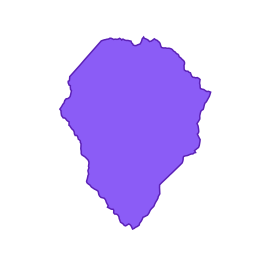 Montanha, Espírito Santo, Brazil, rotated 201°
{"feature_id": "56859067B76989812301886", "entity_name": "Montanha", "entity_type": "district", "adm_level": 2, "iso_a3": "BRA", "parent_name": "Brazil", "parent_adm1": "Espírito Santo", "projection": "robinson", "projection_center": [-40.286, -18.121], "detail": "fine", "context": "isolated", "style": "filled", "palette": "violet", "viewbox_px": 256, "rotation_deg": 201, "n_neighbors": 0, "source": "geoboundaries", "source_scale": "gbopen_adm2", "svg_char_len": 3419}
<svg xmlns="http://www.w3.org/2000/svg" viewBox="0 0 256 256"><g transform="rotate(201 128 128)"><path d="M146.7,62.2L144.9,61.5L143.1,61.1L141.0,59.8L137.6,59.0L135.7,58.8L134.4,58.6L133.2,58.2L131.3,55.3L130.0,54.2L128.3,53.5L126.2,53.8L124.9,53.9L123.2,52.8L121.6,50.9L120.5,49.9L118.6,48.3L118.8,46.7L114.6,46.2L112.7,46.8L111.8,46.1L111.0,43.7L109.7,42.9L107.6,43.5L106.0,43.0L104.7,41.9L103.6,40.1L101.2,37.4L98.5,36.8L96.5,35.7L95.1,35.8L92.9,38.7L91.3,38.5L89.9,37.6L87.5,35.3L86.3,36.5L85.4,38.0L84.1,39.3L82.8,41.3L83.0,43.2L82.6,44.6L82.2,46.2L82.0,48.6L82.0,50.1L81.0,50.9L79.9,52.2L78.6,53.6L78.0,55.9L77.8,59.1L77.2,61.1L76.3,63.0L75.8,64.4L75.8,66.9L75.5,69.3L75.1,71.3L74.9,73.3L75.2,74.7L75.0,76.2L74.7,77.9L75.4,79.5L76.3,81.6L77.2,83.6L78.1,86.2L77.6,87.5L76.9,89.1L74.9,93.3L74.1,95.0L73.0,97.3L71.9,99.8L71.3,100.9L70.3,103.0L69.3,105.2L67.9,108.2L67.3,109.5L66.0,112.3L64.9,114.9L65.0,117.0L65.3,118.5L65.8,119.9L65.9,121.3L64.7,122.4L62.5,123.7L61.0,125.2L59.8,126.3L58.1,127.1L57.3,128.5L56.1,129.3L57.8,130.7L56.2,133.5L55.2,135.1L55.2,137.2L55.6,139.2L56.0,141.1L56.5,143.0L57.8,144.1L59.1,145.3L60.2,146.3L61.1,147.2L60.5,148.8L60.7,150.1L61.7,152.2L63.3,155.0L64.2,155.9L65.2,156.9L64.8,158.6L64.5,160.0L64.2,162.1L64.7,163.5L65.4,165.0L65.7,167.1L66.0,169.7L65.4,171.1L64.5,172.3L64.6,174.0L64.8,175.4L65.0,176.7L65.1,178.7L64.4,180.2L64.1,181.6L63.7,184.6L63.4,186.7L63.5,188.9L63.7,191.1L66.0,191.1L67.5,190.3L69.1,190.6L71.1,191.1L72.8,190.8L74.5,190.8L75.4,192.1L76.0,193.6L77.2,195.4L77.7,197.3L78.1,199.1L79.7,199.7L81.4,199.9L82.8,199.1L84.3,199.0L85.5,198.6L86.9,199.1L88.5,200.7L89.5,201.9L91.2,201.9L92.3,202.5L94.2,201.9L96.1,202.3L97.0,203.7L97.5,205.1L98.1,206.3L98.2,208.1L98.8,209.6L99.7,210.5L101.0,211.1L102.6,211.7L104.0,212.4L105.7,212.8L106.9,214.2L108.0,214.8L109.4,214.8L111.1,215.8L113.2,216.2L114.7,217.1L116.3,217.4L118.2,217.2L120.2,216.4L121.8,216.2L123.6,215.4L125.6,215.2L126.8,216.3L128.0,218.0L129.4,219.3L130.6,219.5L131.7,220.2L133.7,220.3L135.4,220.7L136.4,219.0L137.5,217.4L139.0,216.4L140.3,217.2L142.0,217.5L143.5,217.6L145.0,217.6L146.0,218.5L146.7,216.3L146.5,214.3L146.5,212.7L146.9,210.7L148.7,209.2L150.0,207.8L151.6,207.3L152.8,207.3L153.9,208.3L155.2,208.8L156.4,210.2L157.8,209.9L159.2,209.8L161.1,209.1L162.5,208.9L164.6,209.2L165.4,207.9L166.5,208.4L168.0,208.7L169.0,207.4L170.1,206.8L171.5,206.5L173.3,205.5L174.8,205.7L176.1,205.7L177.2,205.2L178.0,204.1L179.5,203.3L180.6,202.5L182.0,201.6L183.3,200.5L184.2,199.7L192.9,176.3L195.4,169.3L200.8,155.1L200.3,153.4L199.7,151.2L200.6,150.2L200.0,148.7L199.1,147.8L198.3,146.9L197.0,146.9L196.4,145.2L195.3,143.2L194.2,142.7L193.9,141.0L193.6,139.0L193.3,136.8L193.7,135.4L194.6,134.0L196.2,133.1L196.9,131.1L196.7,128.5L197.3,126.7L197.5,125.2L197.8,123.5L198.4,121.2L196.8,120.2L195.8,118.0L194.5,115.8L193.1,114.9L192.1,114.2L190.6,114.7L189.2,114.1L188.0,113.3L186.4,112.8L185.2,112.6L184.7,111.2L184.1,109.4L183.0,109.1L181.4,107.9L179.8,106.9L178.3,106.4L176.9,105.2L175.9,103.3L174.6,102.1L173.2,102.7L172.1,102.1L171.0,100.7L170.3,99.7L169.1,99.5L167.8,98.7L167.3,97.4L166.2,96.5L165.2,93.6L164.7,91.9L163.3,89.4L162.6,87.5L161.7,86.5L160.1,86.1L158.0,85.7L156.1,84.9L153.8,83.8L152.5,82.5L151.8,81.1L151.5,79.5L151.1,77.9L150.2,76.9L150.2,75.1L150.1,73.7L149.1,72.2L148.2,70.7L148.3,69.3L147.8,66.1L147.6,63.4L146.7,62.2Z" fill="#8b5cf6" stroke="#5b21b6" stroke-width="1.5"/></g></svg>